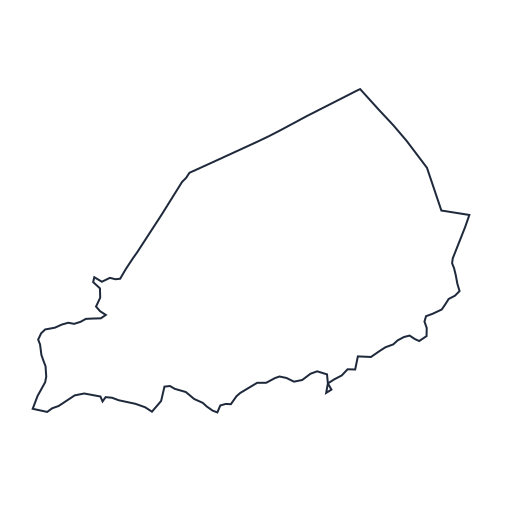 Arapiraca, Alagoas, Brazil, rotated 96°
{"feature_id": "56859067B80614928342365", "entity_name": "Arapiraca", "entity_type": "district", "adm_level": 2, "iso_a3": "BRA", "parent_name": "Brazil", "parent_adm1": "Alagoas", "projection": "albers", "projection_center": [-36.607, -9.758], "detail": "fine", "context": "isolated", "style": "outline", "palette": "slate", "viewbox_px": 512, "rotation_deg": 96, "n_neighbors": 0, "source": "geoboundaries", "source_scale": "gbopen_adm2", "svg_char_len": 1641}
<svg xmlns="http://www.w3.org/2000/svg" viewBox="0 0 512 512"><g transform="rotate(96 256 256)"><path d="M375.2,171.2L370.5,165.3L365.8,158.2L359.1,153.1L358.5,145.5L345.2,144.2L344.4,131.1L337.6,123.2L333.2,117.7L329.6,110.3L325.1,106.3L321.1,100.4L319.1,94.9L322.0,89.3L323.5,84.8L317.8,78.0L309.7,78.7L303.6,81.6L298.1,80.6L295.0,74.3L289.8,65.7L284.1,62.6L278.6,59.9L274.7,54.0L269.6,49.9L262.7,52.8L254.0,55.4L247.3,57.8L242.8,60.2L237.9,60.1L205.2,51.0L192.9,48.1L191.4,76.4L150.4,95.2L125.8,118.2L111.9,132.8L97.4,149.5L79.1,169.9L81.7,174.1L111.6,220.2L128.0,244.3L135.5,255.7L142.0,266.3L169.8,313.2L180.2,330.9L185.5,333.6L190.1,337.3L224.8,354.2L264.8,374.6L271.0,378.1L282.0,383.8L286.3,385.8L292.8,388.7L293.8,393.4L293.0,399.0L297.7,406.6L294.0,414.6L299.0,415.2L304.5,407.8L313.8,406.6L323.0,409.8L327.2,405.3L330.3,399.2L334.2,403.8L335.3,412.0L336.3,418.6L339.8,423.6L342.5,429.8L342.0,435.7L344.4,441.8L348.3,448.5L351.1,458.0L355.3,461.6L361.9,463.9L366.6,461.5L376.8,459.1L382.3,456.5L387.6,453.8L397.9,452.0L403.6,452.5L418.0,458.6L431.3,462.1L432.9,447.4L428.7,442.7L425.8,436.6L413.6,421.8L410.7,412.5L412.0,396.0L416.7,393.4L412.1,390.8L412.0,384.4L413.8,377.5L415.6,360.5L418.0,350.5L421.7,343.2L410.1,335.2L395.5,333.4L394.3,328.0L396.6,322.9L398.6,311.6L404.7,302.5L407.6,293.6L410.8,289.3L414.3,283.0L415.6,278.1L408.4,275.9L406.3,270.7L406.0,265.5L397.4,260.7L393.8,257.3L382.0,241.6L381.0,232.6L375.5,224.5L373.4,220.1L374.1,213.0L377.0,205.1L374.5,197.1L367.4,189.5L364.3,183.1L366.3,173.0L375.2,171.2ZM375.2,171.2L384.8,171.9L381.0,167.0L375.2,171.2Z" fill="none" stroke="#1e293b" stroke-width="2"/></g></svg>